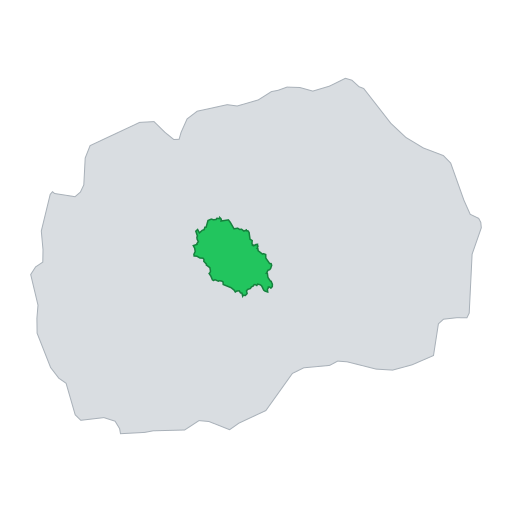 location of Chashka, Čaška, North Macedonia
{"feature_id": "65306769B55292490733903", "entity_name": "Chashka", "entity_type": "district", "adm_level": 2, "iso_a3": "MKD", "parent_name": "North Macedonia", "parent_adm1": "Čaška", "projection": "albers", "projection_center": [21.618, 41.602], "detail": "fine", "context": "in_parent", "style": "filled", "palette": "green", "viewbox_px": 512, "rotation_deg": 0, "n_neighbors": 0, "source": "geoboundaries", "source_scale": "gbopen_adm2", "svg_char_len": 2682}
<svg xmlns="http://www.w3.org/2000/svg" viewBox="0 0 512 512"><path d="M227.4,104.7L237.2,106.0L258.3,99.9L271.4,91.6L278.1,90.3L287.0,87.1L299.8,87.5L312.8,91.1L329.3,86.2L345.4,78.3L351.9,80.2L359.0,86.7L363.7,88.5L390.9,123.4L405.8,137.4L423.4,148.0L443.4,155.6L450.7,163.1L463.9,200.2L470.2,214.3L478.7,218.4L480.8,222.4L481.3,227.8L472.1,254.2L469.2,313.1L466.9,317.8L456.8,317.7L443.5,319.2L438.4,323.8L433.5,355.5L412.1,364.8L392.6,370.1L376.1,369.1L347.1,361.8L337.7,361.1L329.6,365.4L303.8,367.8L292.4,373.4L265.9,410.5L238.8,423.2L229.6,429.7L208.9,421.5L199.0,420.6L184.6,430.0L153.2,430.8L144.7,432.4L120.5,433.7L119.6,428.6L115.1,421.2L103.9,417.6L80.8,420.3L75.2,414.8L66.1,383.3L58.8,378.2L50.6,367.5L37.1,333.2L36.9,318.3L38.0,305.2L30.7,274.5L35.6,266.9L42.8,262.1L43.0,249.7L41.3,231.0L50.2,194.4L52.5,191.7L54.6,193.5L75.0,196.7L80.4,192.1L83.8,184.9L85.2,158.0L90.1,145.6L139.6,122.4L154.0,121.6L165.1,132.5L173.8,139.5L179.1,139.3L181.1,132.3L187.1,118.9L197.2,111.2L227.1,104.7L227.4,104.7Z" fill="#d9dde1" stroke="#a8b0b8" stroke-width="1"/><path d="M230.2,222.2L228.4,219.9L221.1,221.0L221.4,220.1L220.9,218.6L219.9,217.7L220.0,218.6L216.9,218.3L216.1,219.5L215.1,219.6L213.6,219.8L211.3,219.1L208.0,220.5L206.1,227.2L204.9,227.2L204.1,229.7L202.3,230.3L199.4,232.9L197.6,229.5L195.8,231.2L197.4,236.0L196.9,237.2L197.1,239.1L198.3,241.7L196.9,243.5L197.0,244.4L193.3,245.6L194.7,248.3L195.2,251.5L193.9,254.3L194.1,256.0L196.9,256.2L199.9,258.0L203.0,258.2L204.0,259.5L203.8,261.3L206.4,264.1L206.3,265.0L209.9,267.7L210.5,271.2L210.0,272.6L209.1,273.5L210.8,276.0L212.4,279.8L213.5,280.5L215.0,279.7L218.4,281.2L219.3,280.7L221.8,281.1L223.1,282.0L223.2,284.5L231.1,287.7L234.2,290.2L235.3,292.0L236.7,291.1L239.2,290.8L240.5,292.9L241.9,293.1L242.7,296.2L243.3,295.2L245.3,295.5L247.1,293.6L246.5,290.7L247.9,289.3L250.4,288.5L251.4,286.9L253.3,286.0L254.1,284.6L255.3,284.6L256.8,285.5L257.6,284.1L260.4,284.8L261.7,286.0L263.7,290.1L265.0,291.1L267.7,292.0L267.4,289.3L268.3,287.9L268.3,287.1L269.3,286.9L270.9,288.1L271.2,287.8L272.3,286.6L272.4,284.2L271.7,282.7L271.2,281.3L270.4,281.1L267.9,277.4L267.4,273.5L266.5,273.2L267.1,272.8L266.9,272.3L268.0,270.2L269.6,269.7L270.6,268.5L271.7,265.3L271.1,263.6L269.6,263.5L265.8,258.1L265.7,254.5L263.5,253.7L262.5,254.1L258.1,250.7L257.9,248.8L257.1,248.4L257.6,248.0L257.5,246.4L257.9,246.1L257.4,245.8L257.5,244.3L255.8,244.5L254.8,245.5L254.1,245.1L253.5,245.8L252.4,245.3L252.6,244.6L251.9,243.7L252.2,240.6L250.0,239.2L249.1,232.5L247.9,230.8L246.4,230.8L246.3,230.0L243.9,231.1L241.5,229.2L239.7,229.5L237.7,228.2L234.0,228.8L230.2,222.2Z" fill="#22c55e" stroke="#15803d" stroke-width="1.5"/></svg>